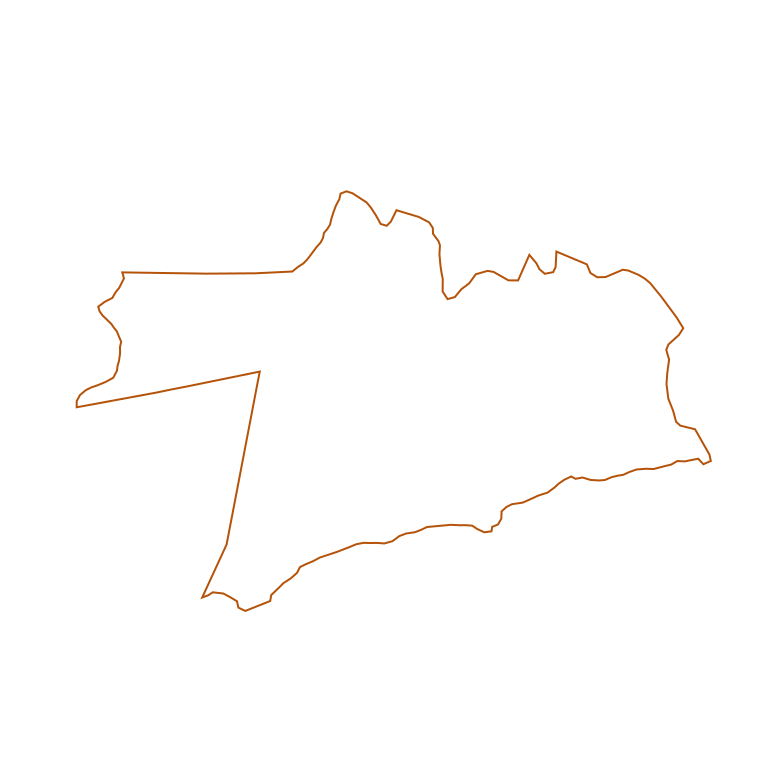 outline of Catolé do Rocha, Paraíba, Brazil, rotated 79°
{"feature_id": "56859067B20984323876399", "entity_name": "Catolé do Rocha", "entity_type": "district", "adm_level": 2, "iso_a3": "BRA", "parent_name": "Brazil", "parent_adm1": "Paraíba", "projection": "equal_earth", "projection_center": [-37.705, -6.33], "detail": "fine", "context": "isolated", "style": "outline", "palette": "amber", "viewbox_px": 768, "rotation_deg": 79, "n_neighbors": 0, "source": "geoboundaries", "source_scale": "gbopen_adm2", "svg_char_len": 2385}
<svg xmlns="http://www.w3.org/2000/svg" viewBox="0 0 768 768"><g transform="rotate(79 384 384)"><path d="M285.0,216.7L307.9,232.6L306.0,242.1L294.9,255.0L292.7,260.8L293.8,273.0L301.4,281.1L305.6,289.8L312.2,297.9L312.8,305.4L304.4,308.8L292.2,306.3L285.5,306.3L278.7,306.0L267.0,304.8L258.6,302.6L254.3,303.2L245.9,307.2L240.1,306.3L233.9,308.9L226.7,317.9L215.8,338.6L225.8,346.2L229.2,351.1L226.3,356.7L216.5,359.9L208.2,363.3L202.5,366.4L190.7,378.6L187.7,384.1L188.8,390.3L194.1,392.6L199.9,397.3L205.5,400.7L211.9,404.2L217.3,406.6L221.1,410.1L224.2,414.1L228.8,415.9L232.9,419.1L236.9,424.3L242.4,430.3L247.1,435.6L250.3,440.2L252.4,445.6L256.1,452.5L250.8,489.1L241.8,537.2L224.5,619.6L230.7,619.1L239.2,625.7L242.7,629.9L247.7,634.3L250.1,642.6L253.6,649.8L258.5,649.3L263.2,647.1L268.4,643.4L273.0,640.2L277.2,638.4L281.3,636.2L287.4,635.0L292.4,633.9L297.3,636.1L303.5,637.2L310.9,639.8L315.6,642.2L320.0,643.6L326.2,648.6L328.9,657.0L330.6,665.5L331.5,672.0L333.1,677.8L336.8,684.5L342.1,688.9L348.2,690.1L349.0,608.8L348.8,595.4L348.8,576.1L348.1,503.6L363.0,509.6L488.5,559.9L511.6,569.2L558.9,603.2L557.9,596.9L555.8,591.9L559.0,581.7L564.1,575.4L569.2,569.8L575.7,569.6L580.3,563.5L575.3,537.1L569.7,535.0L564.2,526.5L560.2,520.6L557.1,512.8L552.8,505.4L547.7,501.4L546.1,495.7L544.4,487.5L542.1,480.1L539.9,462.7L537.3,448.1L536.0,441.8L536.0,434.4L537.5,427.7L538.7,420.9L540.6,414.1L539.9,405.7L536.2,398.0L535.0,390.7L535.4,382.0L534.3,375.8L532.6,369.0L535.0,345.2L537.1,336.6L538.2,330.6L539.9,324.4L544.0,320.3L548.7,313.9L549.1,306.6L544.9,305.1L543.6,298.8L538.5,294.5L531.5,292.9L528.1,287.3L526.4,281.3L526.9,270.5L524.4,259.6L523.0,254.0L521.8,244.1L518.1,236.3L515.2,231.6L512.4,225.3L510.5,217.9L513.6,214.1L513.7,206.9L517.6,199.5L519.7,191.4L520.4,185.5L518.9,178.5L518.6,172.3L518.8,166.5L517.2,160.0L516.1,152.4L517.2,142.9L518.9,135.6L518.2,124.4L517.9,117.5L515.6,110.7L517.4,103.3L517.3,97.0L517.3,89.8L523.7,85.8L521.9,77.9L515.4,78.0L487.8,87.3L481.4,101.1L476.8,104.5L465.4,105.3L452.6,107.7L437.9,106.7L427.5,103.9L414.5,99.5L404.3,100.4L399.5,97.3L392.1,85.1L386.3,79.6L374.2,84.2L350.7,95.4L335.7,103.5L330.5,107.7L325.5,113.2L319.2,122.6L317.4,127.8L321.3,146.1L319.9,154.3L314.4,160.2L305.3,162.0L286.9,189.5L301.9,193.2L306.5,196.6L306.5,205.1L301.0,209.5L294.7,211.3L285.0,216.7Z" fill="none" stroke="#b45309" stroke-width="2"/></g></svg>